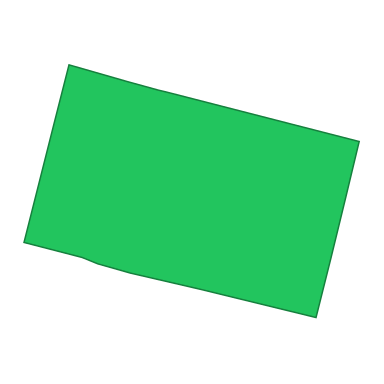 Greene, Indiana, United States of America, rotated 14°
{"feature_id": "52423323B68653933652914", "entity_name": "Greene", "entity_type": "district", "adm_level": 2, "iso_a3": "USA", "parent_name": "United States of America", "parent_adm1": "Indiana", "projection": "orthographic", "projection_center": [-86.97, 39.037], "detail": "fine", "context": "isolated", "style": "filled", "palette": "green", "viewbox_px": 384, "rotation_deg": 14, "n_neighbors": 0, "source": "geoboundaries", "source_scale": "gbopen_adm2", "svg_char_len": 346}
<svg xmlns="http://www.w3.org/2000/svg" viewBox="0 0 384 384"><g transform="rotate(14 192 192)"><path d="M342.8,222.9L342.5,162.2L342.0,102.6L142.1,101.2L134.7,101.3L102.1,100.5L41.9,98.4L41.6,159.1L41.2,281.6L101.2,282.1L118.0,284.5L152.2,285.6L223.1,284.4L342.7,283.8L342.8,222.9Z" fill="#22c55e" stroke="#15803d" stroke-width="1.5"/></g></svg>